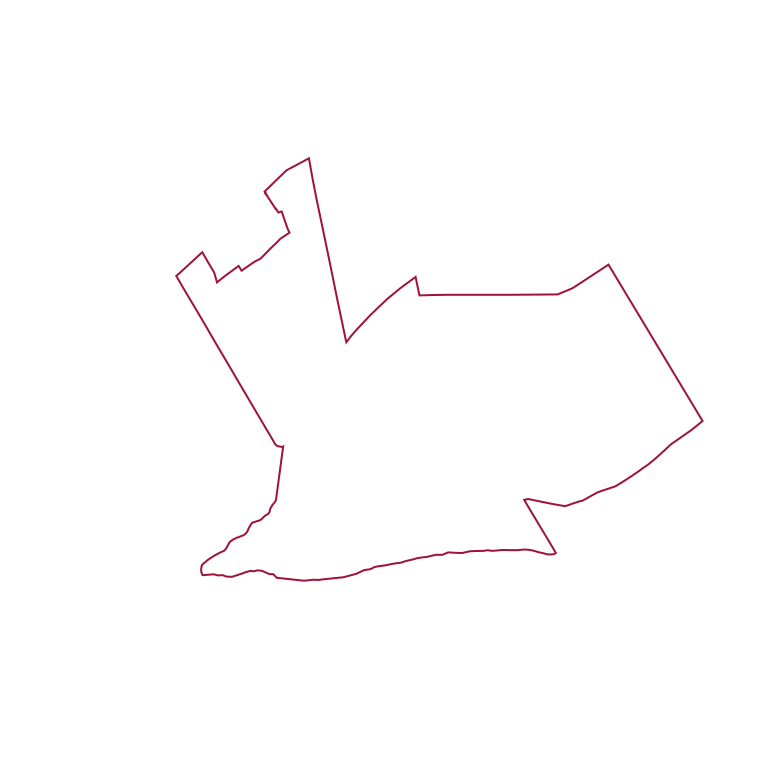 Rivadavia, San Juan, Argentina, rotated 239°
{"feature_id": "61730980B90561116594730", "entity_name": "Rivadavia", "entity_type": "district", "adm_level": 2, "iso_a3": "ARG", "parent_name": "Argentina", "parent_adm1": "San Juan", "projection": "orthographic", "projection_center": [-68.638, -31.547], "detail": "fine", "context": "isolated", "style": "outline", "palette": "rose", "viewbox_px": 768, "rotation_deg": 239, "n_neighbors": 0, "source": "geoboundaries", "source_scale": "gbopen_adm2", "svg_char_len": 3454}
<svg xmlns="http://www.w3.org/2000/svg" viewBox="0 0 768 768"><g transform="rotate(239 384 384)"><path d="M459.5,466.2L457.8,448.2L457.0,442.5L455.3,431.0L452.7,419.1L449.9,407.1L444.9,389.3L442.1,380.5L439.2,373.2L441.9,374.1L481.1,387.7L519.5,401.3L538.1,407.8L557.9,414.7L576.1,421.0L595.4,428.0L605.7,431.9L616.1,435.9L617.4,410.6L616.8,408.0L616.7,407.6L616.5,406.8L616.4,406.2L613.8,394.9L613.0,391.6L610.5,380.9L609.3,381.2L609.1,380.4L608.1,380.6L608.1,380.4L606.1,380.9L606.1,380.6L604.4,380.7L602.7,380.8L601.3,380.9L598.0,381.0L589.8,381.3L589.9,381.6L585.4,381.8L584.6,385.1L579.7,384.1L567.0,381.4L562.4,380.9L561.9,370.0L560.6,365.5L560.4,364.4L558.6,356.4L556.0,346.6L555.0,342.5L555.4,337.8L555.5,335.9L555.4,334.2L554.5,320.3L560.1,320.2L558.6,304.4L558.0,299.1L557.1,293.2L560.0,294.0L566.0,295.6L568.4,295.9L571.7,295.9L579.5,295.9L590.5,296.1L590.1,293.8L585.0,269.1L584.2,265.0L583.8,262.6L583.6,261.6L574.7,261.5L570.4,261.4L559.5,261.3L545.0,261.3L524.9,261.1L507.1,260.8L478.1,260.6L465.0,260.4L453.8,260.3L428.6,260.1L406.0,259.9L398.1,259.9L389.2,259.7L387.8,259.9L386.2,260.4L385.0,261.4L383.8,262.7L383.3,263.3L382.8,263.9L382.6,264.2L382.5,264.5L382.3,265.0L382.3,265.3L341.6,232.8L340.3,231.6L339.9,231.2L338.8,229.3L338.2,227.5L337.9,226.3L337.0,224.7L336.3,223.5L335.7,222.2L334.6,221.3L332.9,219.5L332.8,219.4L332.3,216.9L332.4,215.3L332.2,213.4L331.2,209.5L331.1,207.5L332.6,201.2L332.9,199.3L332.4,198.0L331.1,195.7L329.5,192.9L328.5,191.8L327.3,189.4L327.2,189.0L326.9,187.4L326.8,186.5L326.7,185.7L327.2,183.4L327.6,180.1L328.1,178.8L328.2,176.8L328.4,174.8L328.2,171.6L327.9,170.2L326.7,168.0L326.3,167.5L326.1,167.2L325.4,165.8L324.6,164.6L323.9,162.9L323.4,161.0L323.5,159.9L323.8,158.3L324.0,155.6L324.2,151.9L324.3,150.2L324.0,142.9L322.9,135.7L321.8,133.8L319.6,132.0L316.6,130.4L313.6,130.0L312.4,132.3L312.2,132.8L310.2,136.8L309.7,137.7L308.6,140.0L305.3,143.3L304.8,144.2L304.3,145.3L304.1,145.7L303.2,147.3L299.9,149.9L298.7,151.9L297.0,154.4L295.5,160.9L294.5,165.4L293.8,169.2L293.6,169.8L292.6,173.3L290.4,176.1L289.6,179.3L287.9,181.7L286.4,183.4L282.6,186.1L280.0,187.9L278.1,191.1L273.1,192.3L263.8,204.6L256.4,214.4L252.7,222.5L249.8,226.9L247.7,231.7L247.5,232.1L239.2,249.8L236.2,260.3L235.6,262.5L234.7,271.2L233.8,273.4L232.8,275.5L232.4,277.1L232.1,278.1L232.1,280.9L231.5,283.0L230.4,286.0L227.8,291.8L226.3,296.3L224.8,300.4L223.6,303.1L222.1,306.6L221.0,311.5L219.1,317.3L217.6,322.7L216.4,325.6L216.2,326.2L215.9,327.0L213.7,331.7L212.5,335.6L210.8,340.7L208.7,344.1L207.6,345.9L206.9,350.3L206.6,352.3L201.9,359.2L198.9,363.9L196.4,371.4L193.7,376.4L189.9,383.0L188.2,387.1L185.3,390.7L182.7,395.9L181.0,399.6L178.7,403.4L178.0,404.4L175.5,408.4L172.7,413.1L170.4,418.0L168.8,420.5L168.1,421.7L165.5,424.9L162.6,427.7L159.9,430.2L158.4,431.8L157.7,432.6L153.3,436.9L152.1,439.1L150.6,442.0L150.7,444.3L168.1,444.4L170.7,444.4L203.9,444.4L212.4,444.5L212.2,445.5L211.1,448.4L204.3,455.8L194.4,466.6L186.0,476.3L183.0,490.2L181.7,494.3L181.6,498.3L181.4,504.7L181.3,506.6L181.2,510.7L180.5,514.6L178.2,524.8L177.1,529.6L177.3,542.8L177.9,555.4L178.5,562.0L178.6,564.3L179.0,569.6L179.6,573.6L180.5,579.2L183.3,593.3L184.5,598.8L185.3,610.4L185.6,614.8L186.2,623.6L187.8,635.2L188.2,638.0L370.7,637.9L369.6,611.0L369.0,595.2L370.1,587.3L371.4,578.9L378.3,567.2L378.7,566.5L399.1,532.0L428.9,482.4L435.1,471.7L441.7,460.0L459.5,466.2Z" fill="none" stroke="#9f1239" stroke-width="2"/></g></svg>